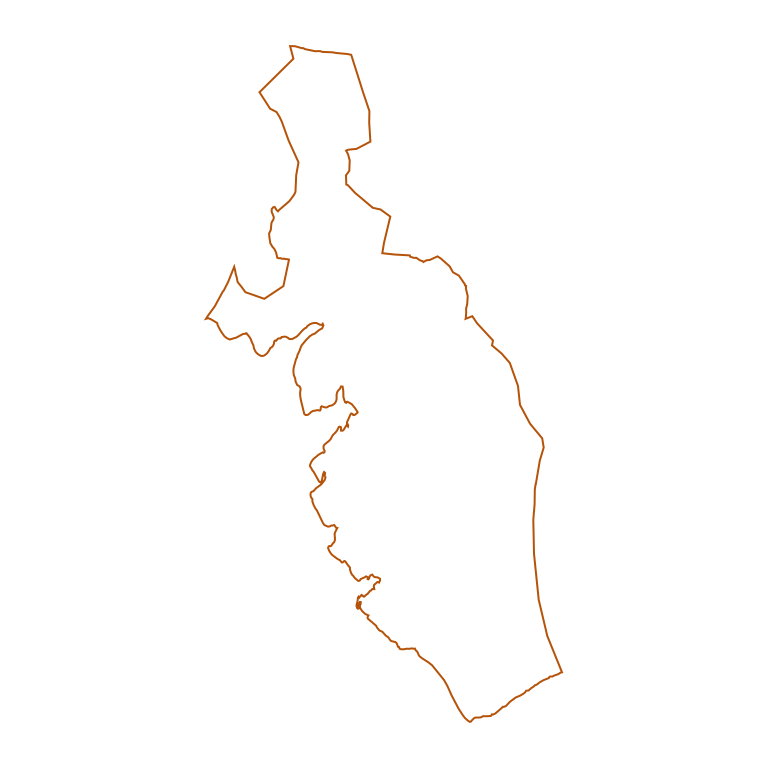 outline of Sorong Selatan, Papua Barat, Indonesia
{"feature_id": "22746128B99267537228675", "entity_name": "Sorong Selatan", "entity_type": "district", "adm_level": 2, "iso_a3": "IDN", "parent_name": "Indonesia", "parent_adm1": "Papua Barat", "projection": "equal_earth", "projection_center": [132.035, -1.666], "detail": "fine", "context": "isolated", "style": "outline", "palette": "amber", "viewbox_px": 768, "rotation_deg": 0, "n_neighbors": 0, "source": "geoboundaries", "source_scale": "gbopen_adm2", "svg_char_len": 6099}
<svg xmlns="http://www.w3.org/2000/svg" viewBox="0 0 768 768"><path d="M351.2,54.8L347.2,54.0L336.3,53.0L332.3,52.3L322.4,51.9L320.0,51.1L315.0,51.2L304.9,49.1L303.3,48.1L301.7,48.1L294.9,46.2L290.1,46.1L293.4,58.7L259.5,92.2L270.1,108.7L276.5,112.0L279.6,117.0L281.9,121.9L288.6,140.5L298.5,162.3L296.2,175.2L295.5,191.1L295.3,192.3L293.9,195.1L289.2,201.3L279.2,209.9L278.0,211.3L276.6,210.1L274.6,206.9L273.2,207.3L271.7,209.1L271.7,211.9L273.8,217.1L273.6,218.8L273.0,220.3L272.1,221.5L271.4,223.3L270.8,229.9L269.1,233.4L269.3,236.6L270.3,243.2L272.3,246.6L274.3,248.9L276.1,252.5L277.3,257.8L279.2,258.3L280.6,258.2L282.0,258.8L284.6,258.7L285.3,259.1L287.6,259.2L289.0,259.6L283.4,286.1L264.3,298.8L245.4,292.2L242.0,287.5L237.6,282.0L236.7,277.3L235.7,273.9L235.2,270.9L234.2,266.8L228.1,282.0L223.9,290.3L222.8,291.6L214.8,306.3L207.8,315.9L206.0,318.8L208.3,318.2L211.0,319.3L217.2,323.0L217.6,324.9L218.8,327.4L220.8,331.1L223.2,334.6L224.5,336.3L226.9,338.2L229.7,339.5L236.3,337.6L242.8,334.1L245.9,333.6L246.6,332.5L246.5,333.9L247.6,334.6L249.4,336.9L250.7,339.0L251.9,342.3L253.3,345.0L254.0,348.5L255.6,351.8L257.5,353.8L258.9,354.8L261.0,355.9L262.1,356.0L263.8,355.7L265.6,354.6L267.3,353.1L269.0,350.6L270.2,348.2L272.2,346.8L272.9,346.0L273.9,343.9L274.3,341.3L275.1,340.5L276.1,340.8L277.7,338.8L279.0,338.3L280.2,338.5L281.0,338.1L281.5,337.1L284.8,336.6L286.1,336.9L288.0,337.8L288.8,338.7L289.8,339.0L291.5,339.1L292.4,338.9L296.6,336.7L298.6,334.8L302.4,330.5L304.9,328.3L306.5,327.5L307.3,326.1L310.0,324.2L312.0,323.4L314.7,322.9L316.8,323.1L319.9,324.7L321.9,324.9L322.7,323.8L323.4,325.5L322.1,328.4L319.0,330.1L314.7,333.7L313.8,333.9L312.1,334.7L309.8,336.2L306.1,340.0L301.9,345.0L300.9,346.8L299.7,350.4L297.4,355.2L297.0,357.5L296.4,358.3L295.9,359.5L293.6,368.1L293.4,370.9L293.6,373.9L293.9,375.3L295.2,378.5L295.6,381.6L297.2,385.0L299.5,386.3L300.5,388.2L300.6,389.3L300.1,392.5L300.2,396.0L300.9,400.1L304.1,413.3L304.5,414.2L305.6,415.0L307.6,414.9L308.8,414.2L311.3,411.9L312.9,411.0L317.9,410.1L319.9,410.6L320.7,409.5L320.7,408.1L321.0,406.9L321.7,406.3L324.2,407.2L326.0,407.5L327.0,407.3L329.0,406.1L331.8,405.4L334.0,404.1L334.9,403.2L336.0,401.4L336.6,399.3L336.6,394.4L337.3,392.0L338.0,390.8L340.1,388.5L341.0,386.4L342.6,386.6L343.3,391.2L343.4,397.1L345.0,402.1L346.1,402.8L346.7,401.9L347.5,401.8L351.7,404.1L355.0,408.1L357.7,412.2L357.0,413.1L355.2,414.6L354.1,415.1L353.2,415.0L352.5,413.9L351.3,413.5L350.6,414.2L347.0,422.2L347.0,423.4L347.8,424.3L348.2,425.5L348.0,426.6L346.5,425.2L343.6,429.9L342.6,430.7L341.0,430.6L340.9,427.2L339.6,426.7L338.8,427.0L337.0,430.6L335.9,432.0L332.6,435.4L330.7,439.0L329.4,440.6L324.4,444.6L323.6,446.1L323.5,447.3L323.6,448.7L324.6,450.8L324.5,452.2L323.6,452.8L322.7,452.4L321.3,453.1L318.6,454.7L313.9,458.6L312.6,459.9L311.0,462.5L309.9,465.4L310.2,466.7L311.1,467.7L312.3,470.2L313.6,471.7L319.1,481.6L320.4,482.4L321.2,481.8L321.9,480.4L323.0,474.6L323.4,473.3L324.1,472.0L325.1,473.0L324.6,475.8L325.5,477.2L324.8,479.8L321.3,484.3L316.0,488.3L313.6,491.0L311.4,492.0L310.7,492.8L310.5,495.2L310.9,497.0L311.6,498.2L312.4,499.0L312.4,501.5L313.7,505.2L315.5,508.6L317.0,510.6L322.9,522.9L324.3,525.0L327.9,526.6L329.9,526.4L331.2,525.5L332.8,525.5L334.2,525.0L336.2,527.8L337.3,528.0L335.3,531.9L334.6,533.9L335.0,539.2L334.8,540.5L334.1,542.3L333.0,543.2L331.2,545.9L330.4,546.2L329.3,546.0L328.5,546.6L328.1,548.0L329.0,550.4L330.6,553.1L332.3,555.1L337.7,559.1L339.6,560.0L341.9,562.5L342.7,562.4L344.3,561.0L345.2,561.3L348.4,565.8L349.1,566.4L350.0,567.9L349.9,569.2L351.1,573.1L352.3,575.0L353.3,575.9L354.7,577.9L357.8,580.6L358.7,581.0L360.0,580.3L360.6,579.1L364.9,577.2L365.9,576.4L366.7,576.6L367.7,577.2L367.6,579.1L368.5,579.3L369.3,578.0L369.5,576.7L370.2,575.7L371.0,575.0L372.3,574.6L373.6,576.4L374.8,577.1L377.6,577.4L380.0,578.7L380.1,580.4L379.0,582.6L378.1,582.0L377.3,582.1L374.1,584.9L373.8,586.4L374.3,589.1L372.4,589.0L371.0,590.5L370.1,590.8L368.0,593.4L364.0,596.7L363.2,596.4L362.6,595.5L361.5,594.9L360.7,596.2L359.8,596.7L359.3,597.5L358.7,596.6L358.0,597.6L357.5,601.4L356.5,605.1L356.6,606.2L357.1,608.0L357.9,608.7L359.1,608.3L358.3,604.7L358.8,603.6L359.6,604.2L359.9,602.0L360.7,602.0L360.7,603.8L360.1,605.2L359.9,606.4L360.1,608.0L362.2,611.1L363.4,612.3L365.5,614.1L368.5,615.4L367.5,617.4L367.8,618.6L376.3,625.9L376.8,627.3L379.0,630.0L380.3,630.9L382.3,631.7L385.8,635.6L388.2,637.2L389.8,639.6L391.1,641.0L395.5,642.1L396.5,643.1L397.1,644.1L397.9,646.7L399.0,647.0L399.7,648.8L400.7,649.2L403.8,649.3L406.7,648.7L409.4,648.8L411.8,648.4L413.2,648.7L415.0,648.6L415.7,650.4L416.5,650.9L417.4,652.0L418.3,653.8L418.6,655.0L419.6,656.3L422.1,658.3L428.6,662.5L432.1,665.3L444.1,680.1L447.5,686.2L451.6,695.4L458.5,708.5L462.4,714.6L464.9,718.0L468.2,720.9L469.9,721.9L470.9,721.6L471.5,720.7L474.3,718.0L475.2,717.6L479.8,717.5L481.4,717.2L482.7,716.3L483.5,716.2L487.8,716.2L490.9,715.9L492.0,714.3L492.9,714.6L495.3,713.5L501.9,707.8L502.8,706.8L503.8,706.9L506.0,706.0L509.9,701.8L515.7,697.5L520.2,695.6L524.0,693.3L525.1,692.3L526.2,690.7L528.6,690.5L531.2,688.1L533.2,686.9L535.1,685.2L536.7,684.7L539.7,682.3L543.6,680.1L548.8,678.1L549.3,677.0L550.1,676.5L552.5,676.5L554.1,675.6L558.4,674.1L560.6,672.6L562.0,672.3L547.3,636.0L538.7,599.7L534.0,553.7L533.3,519.7L534.6,504.4L534.8,489.5L535.6,484.2L535.8,484.2L539.8,460.6L543.7,447.5L542.2,438.3L530.1,423.8L520.0,404.9L518.0,386.0L509.8,362.9L501.5,353.4L492.0,345.4L493.0,340.5L477.1,323.3L472.3,316.2L465.6,318.8L465.8,318.0L466.2,311.9L466.1,308.6L467.2,304.1L467.7,296.1L465.9,288.5L466.1,285.9L465.1,285.5L464.8,284.2L458.9,275.6L453.0,272.3L449.6,266.3L440.7,258.4L437.5,256.4L429.6,260.0L426.4,260.3L423.4,262.0L423.1,261.4L419.9,260.3L416.3,257.8L414.1,257.9L410.3,256.8L409.8,255.4L394.3,254.5L382.3,253.2L384.0,242.8L390.3,216.6L380.6,209.5L372.8,207.8L355.1,192.9L347.9,185.2L346.3,184.5L346.0,175.3L349.3,170.8L349.7,160.4L348.0,154.1L346.1,150.6L348.3,149.7L356.4,148.9L370.4,141.6L369.2,122.7L369.4,111.1L363.0,92.1L351.2,54.8Z" fill="none" stroke="#b45309" stroke-width="2"/></svg>